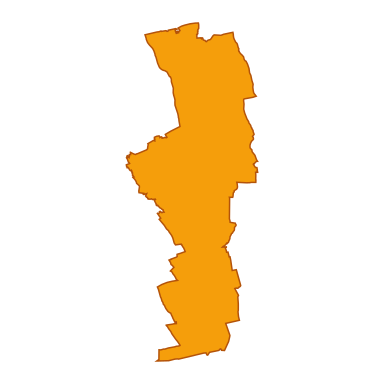 the district of Dealu Morii, Bacau, Romania
{"feature_id": "2599482B68692155897535", "entity_name": "Dealu Morii", "entity_type": "district", "adm_level": 2, "iso_a3": "ROU", "parent_name": "Romania", "parent_adm1": "Bacau", "projection": "albers", "projection_center": [27.291, 46.281], "detail": "fine", "context": "isolated", "style": "filled", "palette": "amber", "viewbox_px": 384, "rotation_deg": 0, "n_neighbors": 0, "source": "geoboundaries", "source_scale": "gbopen_adm2", "svg_char_len": 5956}
<svg xmlns="http://www.w3.org/2000/svg" viewBox="0 0 384 384"><path d="M224.5,350.5L228.6,341.5L229.7,336.8L229.9,335.4L225.7,323.4L239.4,320.3L238.5,316.6L238.0,311.7L238.3,310.2L238.3,303.8L237.8,296.9L238.5,295.4L234.8,288.5L236.2,288.1L237.5,288.3L238.1,288.1L239.0,287.1L239.5,287.0L240.4,286.2L240.7,285.5L236.3,269.7L232.2,270.5L230.7,260.1L230.0,256.8L229.2,256.9L228.0,252.1L226.6,252.2L226.3,250.5L225.2,247.6L226.3,247.3L226.3,246.9L222.5,247.1L223.3,246.3L224.5,245.8L226.2,244.0L226.4,243.6L227.0,243.7L227.4,243.2L227.3,242.8L227.9,242.8L228.6,242.0L229.0,240.4L229.4,240.0L229.9,238.5L230.0,236.8L231.3,234.3L231.5,233.5L232.4,233.1L233.4,231.3L234.1,230.6L234.4,229.8L234.5,227.4L236.0,225.6L236.0,224.6L235.4,223.9L235.3,223.2L230.1,222.3L230.0,220.9L229.4,218.9L229.6,199.6L229.6,197.8L229.4,197.3L232.7,197.3L233.0,196.2L233.3,192.9L234.2,191.8L234.2,190.8L235.8,189.6L236.5,189.4L236.9,188.5L237.3,188.1L237.5,186.8L237.2,184.0L236.8,182.3L246.6,182.8L249.8,182.7L251.2,182.4L255.8,182.4L255.9,180.0L255.7,179.9L255.8,175.1L255.6,172.3L257.7,172.3L257.7,172.1L257.5,171.5L257.1,171.4L257.0,170.8L257.4,170.2L256.9,167.6L255.6,167.5L255.6,167.3L254.9,166.8L253.3,164.2L253.6,163.7L254.2,163.9L255.4,162.2L256.8,161.3L257.5,161.3L256.5,159.7L255.2,156.0L254.8,155.1L252.1,151.7L251.9,149.9L250.2,148.1L250.0,147.1L250.0,145.1L250.7,142.9L251.6,141.2L253.1,139.7L253.5,139.0L253.2,137.3L252.7,136.9L252.5,136.4L253.8,134.8L254.1,134.3L253.1,131.6L253.1,130.7L252.2,129.0L251.8,128.7L251.8,128.0L250.9,126.6L250.7,125.4L248.9,122.9L248.6,121.6L247.0,119.0L244.7,113.1L243.7,109.2L244.0,104.1L243.6,100.8L243.7,99.4L244.2,98.9L252.9,97.3L256.2,96.2L254.0,93.4L253.6,92.5L253.2,90.3L252.8,87.2L253.1,84.2L251.9,80.5L250.8,75.3L249.6,72.9L249.0,68.5L247.5,64.1L246.0,61.2L245.2,60.8L244.4,59.8L244.0,58.8L243.6,56.9L242.3,55.3L240.6,53.7L239.5,52.3L239.1,51.2L238.8,51.2L238.6,50.0L238.9,48.9L238.2,47.5L237.3,44.1L236.8,43.2L235.7,42.2L234.4,39.6L233.8,38.2L233.4,36.1L233.3,34.3L232.9,32.3L223.5,34.3L221.0,35.3L214.1,34.9L212.9,35.9L211.2,38.5L210.4,39.5L208.0,40.2L206.8,41.1L206.6,41.6L205.9,41.5L205.6,41.4L205.0,40.4L203.5,40.1L203.2,39.8L202.8,38.2L202.5,38.0L202.3,37.9L201.6,38.8L200.9,38.2L200.9,37.8L197.0,38.1L196.8,36.5L196.9,35.4L196.7,34.6L197.3,34.3L197.4,33.5L197.8,33.5L197.6,31.3L197.9,31.3L197.9,29.4L198.5,28.9L198.7,28.4L198.7,24.7L198.4,23.0L195.3,23.1L190.1,23.8L184.5,25.2L181.5,26.2L178.9,27.6L178.0,28.1L178.1,28.8L179.1,29.1L180.0,30.6L179.4,31.2L178.0,31.7L177.8,31.2L176.9,31.4L177.3,32.2L178.0,32.2L178.5,32.7L176.3,33.4L175.5,31.5L175.1,29.8L176.6,29.3L176.1,28.7L175.8,28.6L168.3,30.2L168.2,30.7L167.8,31.3L166.8,31.3L166.5,30.9L165.8,30.7L161.3,31.4L161.0,31.0L158.8,31.8L156.9,32.0L145.0,34.8L146.2,38.4L146.3,39.4L147.6,42.6L149.5,45.1L152.5,48.3L153.1,49.3L154.3,51.8L154.4,52.5L154.9,53.7L155.2,55.5L156.0,57.2L157.6,63.1L159.3,67.1L160.2,68.3L161.5,69.4L163.0,70.2L165.1,70.8L167.1,72.1L169.5,76.6L170.3,76.7L171.3,79.0L171.4,81.8L173.3,88.1L173.2,92.8L173.7,95.3L174.4,97.5L175.0,100.0L174.9,102.4L175.0,105.2L177.8,113.6L178.3,116.1L178.4,117.5L178.8,118.7L179.0,120.9L180.0,126.5L170.7,131.2L165.3,134.4L166.3,136.4L167.0,137.2L166.6,137.7L164.6,137.5L163.3,138.0L162.1,138.2L162.1,137.4L161.6,136.9L161.0,136.9L159.9,137.5L159.8,136.9L159.1,135.9L156.5,136.3L154.4,137.3L154.4,138.5L154.6,138.5L154.9,139.4L154.7,139.6L154.8,140.9L153.5,140.4L147.8,143.7L148.2,144.6L147.7,147.0L147.6,148.7L146.7,149.8L137.5,153.7L136.5,153.9L135.6,154.5L134.0,154.1L130.6,152.4L130.6,152.6L130.4,152.6L130.6,154.6L129.3,154.6L129.2,155.4L129.5,156.1L129.4,156.4L129.2,156.9L129.1,157.6L128.7,157.3L127.8,157.6L127.9,157.2L128.1,157.0L128.1,156.5L127.8,155.8L127.3,155.6L127.1,155.8L126.7,157.3L126.5,157.5L126.6,158.0L127.2,158.8L128.4,162.2L128.9,162.4L129.6,163.5L126.3,164.8L126.3,165.1L126.8,166.3L126.6,166.3L126.6,166.8L126.8,167.0L127.2,167.0L127.3,167.8L128.2,167.5L129.1,168.9L129.4,169.6L130.2,170.5L130.5,170.7L131.4,170.2L131.9,171.3L131.7,171.7L132.5,172.8L132.5,173.1L132.1,173.1L132.7,175.0L133.0,175.5L132.6,175.6L132.7,175.9L134.0,177.0L133.0,177.5L134.0,178.5L135.3,180.1L136.3,181.9L136.6,183.3L139.3,185.8L139.4,186.4L139.4,187.3L138.8,191.0L139.0,192.7L143.8,193.4L143.4,194.4L143.9,194.5L146.7,193.6L145.6,196.0L146.5,197.2L147.3,197.4L147.7,198.5L148.3,198.6L148.3,199.1L150.2,199.2L151.5,198.8L152.3,199.5L155.3,199.1L155.5,199.5L155.0,199.7L154.3,200.3L155.9,203.5L156.6,204.5L156.2,204.9L157.2,205.8L157.9,205.5L159.7,207.7L161.3,208.6L161.9,209.3L163.0,209.7L163.0,210.3L164.0,212.1L162.9,212.1L162.5,212.5L161.6,212.6L161.0,211.9L160.1,211.3L159.5,211.8L160.0,212.2L159.5,212.8L158.4,213.6L157.7,213.2L157.4,213.4L160.7,218.2L159.2,219.3L164.3,225.4L166.5,228.9L168.5,230.7L169.2,232.1L171.2,234.8L172.2,236.6L172.9,238.3L174.2,243.0L175.5,244.9L181.2,244.1L181.5,245.0L182.0,245.0L182.5,246.4L183.7,248.0L185.2,251.6L180.5,253.3L177.1,254.3L177.0,254.9L177.2,256.5L176.5,257.1L170.8,259.2L170.6,259.3L170.8,259.5L169.0,260.1L170.6,262.7L170.9,264.1L171.2,264.6L172.3,265.4L173.9,267.3L170.4,271.0L171.6,271.7L172.2,272.3L172.9,273.8L174.3,275.5L175.6,277.7L176.3,279.3L177.5,280.4L172.4,281.2L167.2,282.4L161.8,284.5L157.4,287.0L158.4,289.3L160.5,296.9L161.2,298.3L162.0,301.1L162.9,302.4L163.3,304.2L164.5,305.5L165.2,307.2L165.9,308.6L167.9,311.4L169.6,312.7L170.7,313.1L171.8,315.8L172.3,316.5L172.7,317.8L174.8,322.0L175.2,321.9L175.3,322.3L176.3,322.0L176.4,323.6L173.9,323.8L172.3,324.2L166.2,325.1L166.2,325.4L167.6,326.8L168.6,328.7L170.8,331.5L171.9,333.8L175.7,339.2L177.5,341.4L180.1,345.3L180.0,345.5L178.3,346.1L176.2,346.3L174.9,346.8L168.3,348.0L164.9,349.1L163.5,349.1L160.8,349.9L159.0,349.8L158.9,359.5L156.8,361.0L168.7,360.7L174.9,359.1L177.5,358.9L178.6,359.1L203.6,353.1L206.0,352.9L206.9,354.9L207.7,355.1L209.6,352.3L218.5,350.5L219.1,350.2L220.1,349.0L220.4,348.9L221.0,349.1L221.5,350.3L224.5,350.5Z" fill="#f59e0b" stroke="#b45309" stroke-width="1.5"/></svg>